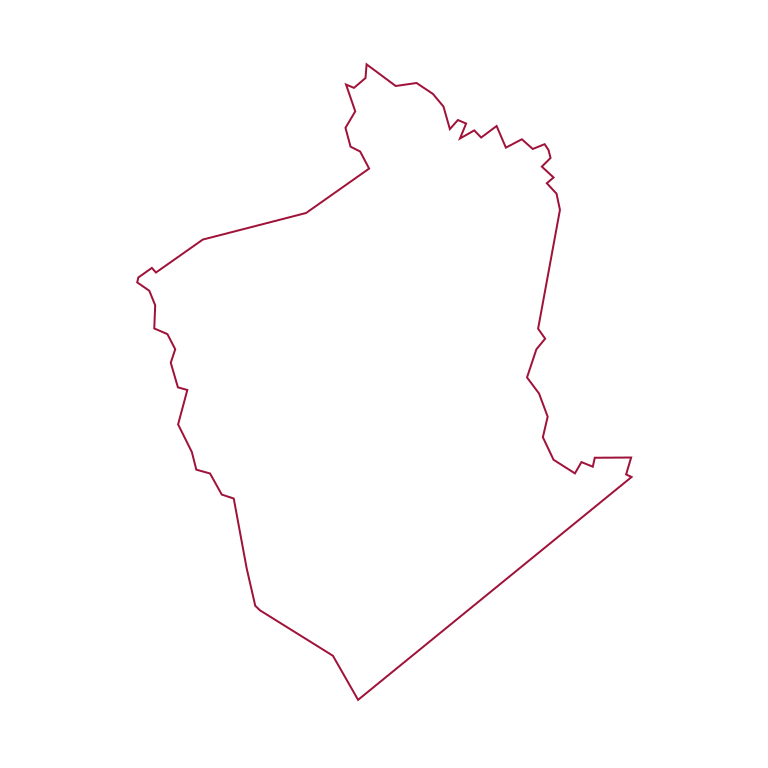 Victoria, Texas, United States of America (Equal Earth projection), rotated 185°
{"feature_id": "52423323B26003221317012", "entity_name": "Victoria", "entity_type": "district", "adm_level": 2, "iso_a3": "USA", "parent_name": "United States of America", "parent_adm1": "Texas", "projection": "equal_earth", "projection_center": [-96.974, 28.795], "detail": "fine", "context": "isolated", "style": "outline", "palette": "rose", "viewbox_px": 768, "rotation_deg": 185, "n_neighbors": 0, "source": "geoboundaries", "source_scale": "gbopen_adm2", "svg_char_len": 1028}
<svg xmlns="http://www.w3.org/2000/svg" viewBox="0 0 768 768"><g transform="rotate(185 384 384)"><path d="M382.3,67.1L129.3,312.9L134.9,315.0L131.4,332.3L167.6,328.9L168.8,319.8L180.5,323.4L186.0,311.6L208.5,323.3L221.1,344.8L218.1,365.7L228.7,388.0L242.1,403.0L235.2,431.9L227.4,443.2L235.3,452.5L223.9,572.8L228.7,588.6L239.3,598.2L233.1,604.5L245.7,614.3L237.8,623.7L240.5,631.4L244.9,636.9L256.3,631.1L268.0,639.8L283.2,630.1L294.3,650.8L308.7,638.0L316.2,644.5L329.7,635.2L324.9,650.6L333.4,653.4L340.6,643.7L348.9,665.5L360.5,677.2L377.8,686.7L398.3,681.9L429.2,700.9L429.1,687.2L439.7,676.4L447.9,679.0L436.4,653.1L444.7,635.8L438.0,617.5L428.0,613.5L417.6,597.3L476.5,547.6L577.1,512.1L620.9,475.2L625.4,479.4L638.0,468.7L638.7,463.7L625.9,456.4L618.8,442.5L617.7,419.3L604.1,414.8L595.0,400.4L598.3,386.6L589.0,362.7L579.4,360.9L585.6,325.8L569.5,299.5L563.5,282.3L549.5,279.7L536.0,259.7L523.7,256.8L504.8,188.6L492.9,151.8L487.8,147.7L411.2,108.8L382.3,67.1Z" fill="none" stroke="#9f1239" stroke-width="2"/></g></svg>